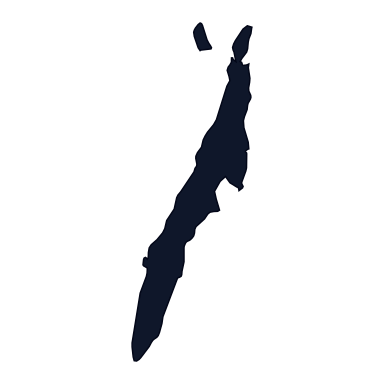 the border of Cebu
{"feature_id": "PHL-2514", "entity_name": "Cebu", "entity_type": "Province", "adm_level": 1, "iso_a3": "PHL", "parent_name": "Philippines", "parent_adm1": "", "projection": "robinson", "projection_center": [123.774, 10.35], "detail": "fine", "context": "isolated", "style": "filled", "palette": "ink", "viewbox_px": 384, "rotation_deg": 0, "n_neighbors": 0, "source": "natural_earth", "source_scale": "10m", "svg_char_len": 2161}
<svg xmlns="http://www.w3.org/2000/svg" viewBox="0 0 384 384"><path d="M219.5,210.2L217.7,211.3L213.7,211.5L210.0,212.2L207.7,214.1L204.5,218.9L196.0,226.6L194.8,229.3L194.5,233.0L193.7,235.8L192.3,237.8L190.4,239.7L189.1,240.5L187.2,241.3L186.1,242.2L185.4,243.3L184.8,244.7L184.2,246.2L184.0,247.7L184.0,261.8L182.0,271.2L181.7,274.8L181.1,276.3L179.6,277.2L178.1,277.7L177.4,278.4L162.9,316.7L161.9,323.6L159.5,332.3L158.2,335.6L156.8,337.3L154.0,339.2L152.7,340.4L151.3,342.5L149.2,346.5L140.8,357.6L139.1,359.4L136.6,361.0L134.2,360.7L133.2,357.0L132.1,346.9L132.1,342.9L140.2,293.1L146.4,276.4L147.1,273.0L147.3,268.5L146.7,267.6L143.7,265.9L143.0,264.9L143.6,259.4L144.1,258.1L145.4,257.4L146.3,258.0L146.9,259.0L147.3,259.3L148.0,258.0L148.3,256.5L148.4,252.6L149.2,247.9L151.2,244.8L157.0,239.7L162.7,232.8L164.8,228.6L166.7,220.5L174.2,209.1L176.7,197.7L178.0,195.0L180.7,191.8L194.0,171.9L194.8,169.1L195.1,168.2L195.8,167.3L196.6,166.1L196.9,164.2L195.8,158.4L195.9,156.2L197.5,152.6L201.5,147.2L203.2,140.0L205.2,135.9L207.5,132.2L213.6,124.7L216.4,119.8L226.9,86.2L229.9,80.7L229.1,76.6L227.2,70.3L228.2,67.1L230.0,64.8L231.4,62.2L231.5,57.9L232.6,57.9L233.1,59.3L233.8,60.1L235.9,61.6L234.0,52.0L233.1,50.0L232.6,47.4L233.7,43.9L235.4,40.6L243.0,29.1L247.3,25.8L251.9,27.2L251.6,28.5L250.9,33.6L248.9,38.7L248.2,42.2L247.6,48.8L246.6,52.1L241.8,58.5L240.1,61.6L241.6,62.3L242.1,63.6L242.3,64.8L242.8,65.4L246.0,65.1L247.4,64.7L248.8,64.0L248.3,67.7L249.9,78.3L249.6,82.2L248.6,87.9L248.8,91.1L250.7,95.3L250.9,97.3L250.4,99.1L248.1,103.2L247.6,105.2L247.1,109.6L244.4,116.7L243.4,120.7L243.9,127.7L248.2,142.2L248.8,148.9L248.3,149.0L247.2,149.6L246.0,150.5L245.5,151.3L245.6,152.3L246.5,152.8L246.7,153.8L246.5,167.9L245.8,171.0L241.7,182.3L241.8,183.9L243.1,186.4L242.5,187.9L239.0,190.6L238.7,188.6L237.9,187.3L237.0,187.1L230.0,182.8L225.5,176.5L220.1,181.4L214.5,191.3L216.2,199.0L219.5,210.2ZM208.8,43.3L210.5,45.8L211.5,47.7L211.0,48.9L200.7,50.1L200.1,50.6L198.2,47.8L194.3,36.4L193.7,32.2L194.3,30.2L195.4,28.1L198.1,24.6L200.1,23.0L201.5,23.6L202.5,25.5L207.0,39.8L208.8,43.3Z" fill="#0f172a" stroke="#020617" stroke-width="1.5"/></svg>